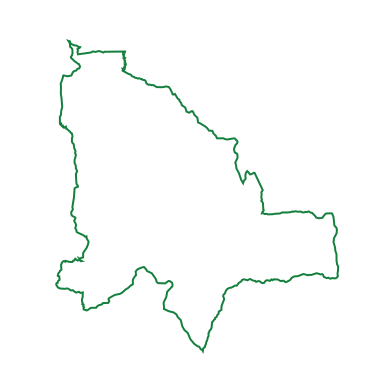 La Calera, Cundinamarca, Colombia, rotated 356°
{"feature_id": "7082276B16624881870265", "entity_name": "La Calera", "entity_type": "district", "adm_level": 2, "iso_a3": "COL", "parent_name": "Colombia", "parent_adm1": "Cundinamarca", "projection": "natural_earth1", "projection_center": [-73.929, 4.707], "detail": "fine", "context": "isolated", "style": "outline", "palette": "green", "viewbox_px": 384, "rotation_deg": 356, "n_neighbors": 0, "source": "geoboundaries", "source_scale": "gbopen_adm2", "svg_char_len": 5879}
<svg xmlns="http://www.w3.org/2000/svg" viewBox="0 0 384 384"><g transform="rotate(356 192 192)"><path d="M324.3,222.8L323.1,223.6L320.1,226.9L317.1,227.1L314.2,226.3L313.4,224.8L310.4,221.3L308.5,220.6L307.3,219.6L306.4,219.6L305.1,220.1L303.6,219.7L302.9,220.1L300.7,220.1L298.9,219.0L297.2,219.2L293.4,218.4L292.1,218.8L290.7,218.4L289.6,218.9L286.2,219.1L280.4,218.7L278.2,219.6L272.8,219.5L271.0,219.8L266.0,219.6L264.9,219.0L262.9,219.0L261.1,217.9L260.4,218.1L260.8,217.0L262.3,215.2L261.9,214.5L262.0,208.2L261.5,206.8L260.5,205.7L261.3,204.3L260.8,203.0L260.9,201.0L261.3,199.6L261.2,197.1L262.7,195.1L255.8,177.3L255.3,177.1L252.6,178.3L251.1,178.5L249.5,176.0L248.5,175.0L247.2,176.6L246.7,177.8L246.3,180.1L246.5,181.9L246.1,182.9L244.5,184.5L243.6,186.8L241.9,183.3L240.1,176.3L238.0,171.8L237.8,168.2L237.2,165.8L239.9,160.8L239.8,157.2L239.2,156.5L238.3,156.3L237.3,155.3L236.9,152.5L237.2,151.2L238.6,148.2L240.3,146.7L240.9,145.5L240.6,143.9L239.7,143.3L239.1,142.2L238.4,141.6L237.1,141.4L231.1,142.1L228.8,141.6L227.0,140.6L220.7,140.2L219.7,137.6L217.6,135.3L216.6,132.4L213.3,132.0L211.5,129.2L209.8,127.6L204.7,123.9L203.0,123.2L202.6,120.2L202.7,118.4L199.8,115.3L198.5,111.8L197.7,111.2L194.6,112.7L192.1,111.4L191.2,107.3L187.9,104.7L187.4,102.5L185.8,100.1L185.8,99.0L184.3,97.9L181.8,93.0L180.2,93.5L179.4,93.2L179.3,92.1L177.5,87.7L176.2,85.7L173.6,84.9L169.9,85.4L164.1,84.9L161.1,82.7L159.2,82.6L157.2,81.9L156.0,82.0L154.1,80.5L153.7,78.4L152.6,77.1L150.5,76.6L150.0,75.9L149.3,75.9L147.5,74.9L146.0,75.1L144.5,74.3L143.4,74.2L142.5,73.3L140.2,72.3L139.2,70.7L137.1,69.9L131.2,66.1L131.3,65.8L132.2,65.7L131.5,64.2L132.7,64.5L133.1,65.0L133.4,64.8L133.5,63.6L133.0,62.9L133.4,62.2L133.0,61.8L133.9,62.1L133.8,60.8L134.3,61.1L134.9,60.4L134.8,59.0L133.8,58.2L134.4,56.8L133.9,56.4L133.4,56.9L134.1,55.7L133.7,54.8L134.5,53.8L133.2,53.4L133.9,52.8L133.2,51.8L133.7,50.5L132.9,50.3L132.8,49.5L133.7,48.7L132.8,47.8L134.7,48.2L135.0,47.2L114.6,46.0L113.2,46.7L111.1,45.6L108.7,44.9L105.7,45.5L102.7,44.9L100.9,45.8L87.9,46.7L87.5,44.5L88.1,42.6L87.7,41.4L88.5,40.8L89.7,40.6L90.5,39.7L88.6,39.1L87.3,38.0L84.7,37.4L81.8,35.9L81.1,35.0L80.7,33.2L79.2,32.6L80.5,35.0L80.6,38.6L82.4,40.7L82.6,41.9L82.5,45.3L81.7,47.5L80.7,48.6L80.6,49.6L84.3,53.7L85.7,54.6L86.7,55.8L88.1,56.5L89.1,59.1L88.0,60.9L86.2,61.2L85.0,62.8L83.1,63.0L81.7,64.0L79.7,67.4L75.7,67.9L72.1,66.7L71.4,67.3L71.2,68.7L68.5,75.2L68.7,77.6L68.0,84.7L68.4,89.8L68.5,98.1L67.3,101.5L66.6,106.0L65.4,107.9L65.0,114.9L66.0,116.1L65.7,114.2L66.3,114.4L66.7,116.9L67.7,117.8L68.1,117.3L68.9,119.0L70.7,118.0L70.9,119.7L71.2,119.6L71.5,120.3L74.7,123.5L75.3,124.6L76.2,125.1L76.7,128.2L76.0,130.1L75.7,133.2L76.2,134.7L77.3,136.0L77.6,140.2L78.7,143.1L78.1,145.4L78.6,146.2L78.7,147.3L77.1,151.9L76.9,154.7L77.9,157.6L77.8,160.1L78.9,163.4L77.5,165.7L77.4,166.6L77.3,174.4L77.5,176.1L78.6,178.0L78.6,178.8L76.1,179.5L75.1,180.3L73.9,189.0L71.6,198.8L72.0,200.7L71.5,201.9L70.1,203.5L70.1,206.2L71.0,207.6L73.8,209.3L73.8,210.4L72.6,212.0L72.5,212.9L73.6,215.0L74.1,217.1L73.0,219.9L74.0,221.8L74.1,223.6L74.6,224.2L80.7,227.6L82.5,229.3L83.6,228.9L83.7,230.9L85.3,234.1L85.2,234.8L84.7,236.8L83.1,240.2L79.2,245.1L78.8,249.6L75.1,250.6L74.8,250.4L75.7,252.4L77.2,253.2L76.3,253.3L75.1,251.9L73.1,252.4L70.9,250.4L69.8,252.1L68.8,252.1L67.8,253.4L65.0,253.2L61.1,251.9L60.8,252.7L59.6,252.0L58.7,252.1L57.5,253.2L56.3,255.5L56.3,260.4L54.7,261.5L54.4,262.4L53.1,263.7L52.3,265.6L52.3,266.4L53.7,266.9L53.8,270.4L52.3,271.4L51.8,272.4L51.7,273.2L50.6,273.4L50.1,274.5L50.3,275.7L51.0,276.4L51.4,277.7L53.4,279.0L58.2,279.7L60.7,279.5L61.9,279.9L64.4,281.8L66.2,281.6L67.8,283.2L69.4,284.2L72.3,283.7L73.7,284.9L76.1,284.6L75.5,289.7L74.8,291.0L74.6,293.5L75.2,294.7L74.7,296.1L76.0,296.7L76.0,297.4L75.4,298.2L76.3,299.4L75.6,300.2L75.6,301.2L76.0,301.8L77.7,302.2L78.2,302.7L79.3,302.7L83.1,300.5L88.3,300.8L89.7,299.2L91.6,298.3L94.2,297.9L95.4,296.6L100.7,296.8L101.9,295.1L101.2,293.4L101.5,292.5L102.1,292.0L107.7,289.3L113.0,288.6L114.8,287.8L119.2,284.5L121.6,283.3L124.3,281.0L126.5,280.0L126.9,275.3L129.1,272.2L130.3,271.2L130.3,267.2L132.5,265.2L136.2,263.9L138.9,263.5L141.0,266.1L141.6,267.7L146.2,270.2L149.7,276.0L150.6,279.5L151.8,280.5L158.7,281.3L162.5,279.1L164.1,279.6L165.8,281.2L166.1,283.0L165.8,284.7L160.3,289.8L159.0,295.0L156.2,299.9L155.9,301.0L156.1,305.8L155.9,306.8L160.5,309.3L165.2,310.8L168.0,313.1L169.1,315.9L171.8,318.9L173.1,325.7L174.9,329.3L177.9,332.2L180.1,338.7L183.5,343.5L186.7,346.2L188.4,346.9L189.8,349.5L191.2,350.3L191.7,351.4L192.3,348.8L194.3,347.3L194.4,346.1L195.4,344.5L195.7,342.7L196.5,341.6L197.8,337.8L198.5,336.8L198.6,333.9L199.5,332.9L199.7,331.7L201.2,330.5L202.0,328.9L203.0,323.2L204.2,322.3L205.0,321.0L206.1,320.3L206.3,319.1L207.8,318.4L208.6,316.6L210.0,315.3L210.3,313.3L213.1,311.6L213.5,307.8L216.4,301.7L216.5,300.3L215.8,298.3L216.1,296.9L217.8,295.4L219.0,292.7L220.3,291.3L222.4,290.3L224.7,290.1L228.4,288.4L230.2,288.5L232.4,285.9L235.0,284.5L235.8,283.2L237.7,282.7L241.2,283.9L243.8,282.8L246.9,284.7L248.9,285.1L249.7,286.1L251.8,285.5L253.2,285.8L255.6,287.8L257.5,287.7L259.1,285.9L260.1,285.3L261.8,285.4L263.4,286.1L265.2,284.8L266.0,285.6L267.7,284.7L268.4,285.1L270.2,285.0L271.9,285.5L274.1,287.0L277.3,286.9L278.6,288.2L279.4,288.5L282.9,287.1L284.4,286.0L285.3,284.7L287.9,283.4L291.8,283.3L297.0,281.7L298.5,281.9L302.1,283.2L303.1,282.8L305.0,283.1L310.7,281.7L314.7,283.2L316.2,283.0L317.0,283.8L317.6,285.9L320.4,287.3L322.1,287.0L323.6,288.0L324.6,288.1L325.9,287.6L328.0,288.1L329.4,288.1L330.7,287.3L331.7,286.1L331.4,283.9L332.2,280.4L332.6,276.5L331.7,274.3L331.4,271.0L331.8,264.0L330.8,260.2L330.9,257.7L329.6,251.4L330.1,250.3L330.3,248.2L333.3,243.4L333.9,240.3L333.7,238.0L331.7,235.3L331.4,226.8L330.3,223.3L329.5,223.0L324.3,222.8Z" fill="none" stroke="#15803d" stroke-width="2"/></g></svg>